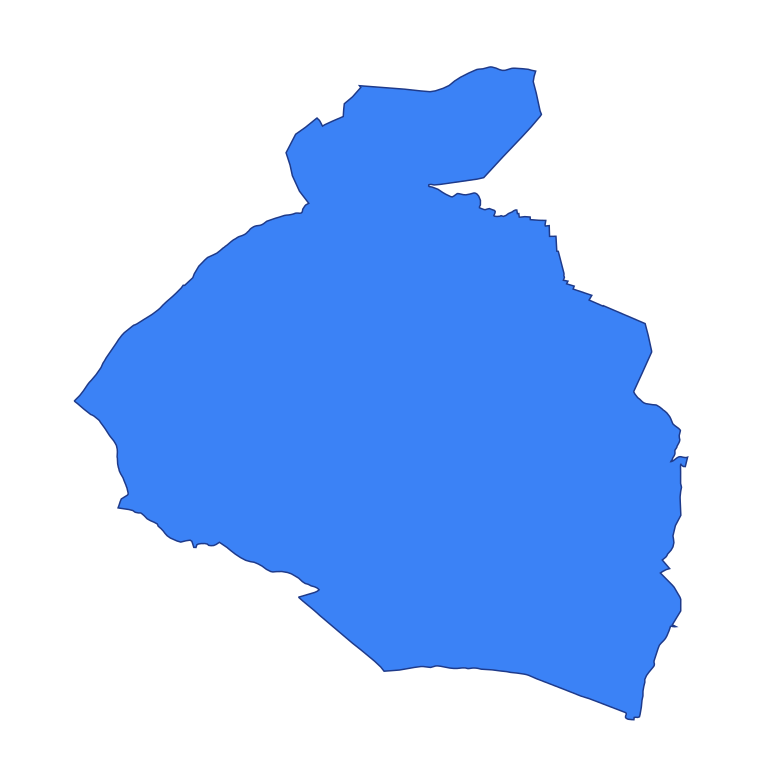 Comanesti, Suceava, Romania (Natural Earth projection), rotated 183°
{"feature_id": "2599482B69933741983623", "entity_name": "Comanesti", "entity_type": "district", "adm_level": 2, "iso_a3": "ROU", "parent_name": "Romania", "parent_adm1": "Suceava", "projection": "natural_earth1", "projection_center": [26.001, 47.659], "detail": "fine", "context": "isolated", "style": "filled", "palette": "blue", "viewbox_px": 768, "rotation_deg": 183, "n_neighbors": 0, "source": "geoboundaries", "source_scale": "gbopen_adm2", "svg_char_len": 6062}
<svg xmlns="http://www.w3.org/2000/svg" viewBox="0 0 768 768"><g transform="rotate(183 384 384)"><path d="M248.9,704.4L253.0,705.0L256.4,705.8L262.2,706.1L269.4,706.2L271.7,706.1L273.3,705.8L279.1,703.7L280.3,703.5L282.4,703.4L285.1,704.0L288.6,705.3L292.8,706.2L294.4,706.2L295.7,705.9L298.4,705.0L301.9,703.9L305.5,703.4L307.6,703.0L309.7,702.0L315.8,698.9L323.6,694.4L329.2,690.4L334.6,685.5L340.4,682.4L348.1,679.4L353.3,678.3L362.8,678.6L378.9,679.5L424.1,680.6L422.7,678.9L430.5,669.1L438.3,661.8L438.6,656.2L438.7,649.0L449.2,643.8L456.6,639.9L458.9,638.3L461.5,642.7L462.4,644.0L464.9,646.1L475.8,636.3L485.3,628.8L493.9,609.8L489.3,597.8L486.4,587.2L478.5,572.1L468.6,560.5L471.5,558.7L472.4,557.6L474.3,554.3L474.5,552.3L474.9,551.2L475.3,550.8L475.9,550.3L477.1,550.1L479.0,550.2L480.4,550.1L481.5,549.9L483.3,549.1L485.5,548.4L487.6,547.9L490.4,547.5L492.3,547.1L497.8,545.0L501.0,543.9L509.6,540.4L512.5,537.9L514.0,536.9L515.2,536.3L516.4,535.9L519.7,535.3L521.2,534.8L522.6,534.1L524.7,532.6L525.7,531.7L527.3,529.5L528.3,528.6L528.9,527.8L530.0,526.8L531.1,526.0L533.4,524.8L536.7,523.5L538.2,522.6L539.6,521.5L542.0,520.0L544.0,518.3L548.1,514.4L549.8,513.1L550.5,512.3L551.8,511.4L554.8,508.5L557.8,505.9L561.8,503.7L566.8,501.1L569.4,498.5L575.1,492.0L579.2,484.2L580.5,480.1L588.2,472.1L589.7,472.1L591.6,469.2L596.8,463.4L599.8,460.3L605.4,454.9L608.5,451.7L611.7,447.9L613.7,446.0L619.2,441.4L627.7,435.5L629.9,433.9L630.5,433.5L633.9,431.1L635.7,430.1L636.9,429.7L638.4,428.5L644.2,423.3L646.1,421.6L647.1,420.4L648.3,419.0L651.4,414.5L653.5,410.8L661.4,397.9L662.8,395.6L664.4,392.4L665.7,390.2L667.4,385.7L672.0,378.3L676.4,372.5L678.3,370.3L679.9,368.0L683.8,361.5L687.2,356.6L691.6,351.7L692.2,350.9L691.9,350.4L688.8,348.2L682.1,343.0L678.8,340.7L675.3,338.2L673.7,337.7L671.8,336.7L667.0,333.2L666.1,332.3L665.1,330.8L663.0,328.3L660.1,324.7L655.8,318.7L654.6,317.2L650.9,313.1L649.2,310.6L648.0,308.6L647.0,305.0L646.7,302.2L646.7,297.1L646.4,296.2L645.8,290.3L644.9,286.8L644.4,285.6L643.8,283.4L642.2,280.4L639.8,276.8L638.3,273.4L636.3,269.2L636.0,268.3L635.3,266.9L634.1,262.7L633.8,261.8L633.8,260.5L634.4,259.6L640.3,255.5L641.3,252.7L642.3,248.9L643.1,246.4L641.8,246.2L632.2,245.3L628.2,244.5L625.8,242.9L624.5,242.7L622.5,242.4L620.2,242.5L618.9,241.7L616.8,240.1L613.5,237.0L610.1,235.3L606.3,233.9L603.0,232.3L602.0,230.1L599.1,227.9L596.8,225.7L594.9,223.4L592.6,221.1L589.3,219.0L582.5,216.4L578.7,215.5L573.5,217.1L569.4,217.9L567.7,216.9L566.6,214.2L565.4,210.9L563.2,210.9L562.5,213.6L561.0,214.5L558.1,215.1L554.5,215.3L552.1,214.9L550.6,213.7L548.2,213.5L545.6,213.8L543.2,215.0L540.1,217.3L531.8,212.3L531.4,211.9L527.6,209.1L523.7,206.4L518.1,203.1L512.9,200.7L508.1,199.6L504.4,199.2L500.2,197.7L496.1,195.7L491.8,192.8L487.3,190.8L485.2,190.5L481.7,191.0L476.2,191.4L470.4,190.7L466.6,189.6L459.1,185.7L455.2,182.4L452.3,180.7L449.2,180.0L446.2,178.6L442.9,177.9L440.5,177.0L439.0,176.0L438.1,175.1L439.7,173.6L442.4,172.2L457.8,166.8L457.8,166.3L453.3,162.7L441.7,154.1L435.9,149.4L401.9,123.5L393.3,117.4L378.9,106.7L372.4,101.2L368.9,97.2L359.4,98.4L353.5,99.2L338.7,102.6L332.3,103.8L329.9,103.9L322.6,103.4L317.7,105.1L315.9,105.3L312.8,105.1L303.4,103.8L299.5,103.6L295.9,103.8L290.9,104.6L287.9,104.7L285.5,104.2L284.1,104.3L281.2,104.9L279.3,105.1L277.2,105.1L275.1,104.9L272.0,104.3L261.1,104.2L252.3,103.5L246.6,103.2L242.2,102.6L236.1,102.3L228.7,101.6L226.3,101.2L224.1,100.6L216.1,97.6L189.2,88.8L170.8,82.6L162.5,80.5L125.9,68.6L124.9,67.9L124.8,66.8L125.4,64.9L125.3,63.5L124.4,62.7L122.7,62.0L119.3,61.8L116.9,61.8L116.7,64.1L115.2,64.4L113.3,64.3L111.5,65.0L111.0,67.4L110.1,74.8L109.8,81.8L109.1,86.0L109.3,90.9L108.7,95.8L107.9,99.8L108.1,102.6L106.6,106.6L104.6,109.7L100.3,115.5L99.5,116.8L99.3,118.5L99.8,120.2L99.8,121.7L96.4,134.4L95.3,137.6L93.8,139.6L91.3,142.4L89.7,144.5L88.3,147.3L86.5,152.3L85.2,157.0L84.4,157.2L83.1,156.9L81.1,156.8L79.8,157.0L83.5,158.6L75.8,172.9L76.4,184.5L77.3,186.6L83.6,196.2L85.5,198.2L98.1,209.7L96.0,211.3L92.5,213.4L89.1,214.6L96.9,222.8L93.5,225.9L92.5,227.4L91.9,229.0L88.6,233.1L86.9,236.5L86.2,240.7L86.8,244.4L87.5,247.4L85.6,257.8L80.7,268.4L82.3,285.2L82.4,286.9L82.1,292.2L81.5,296.5L82.6,300.2L83.2,311.8L83.6,317.3L83.5,319.9L82.9,318.7L80.8,317.3L78.8,317.3L77.0,326.8L77.7,326.5L79.3,326.3L81.4,326.5L83.6,326.9L84.6,326.9L85.9,326.6L87.7,325.5L90.0,323.5L91.5,322.3L93.0,321.6L93.5,321.5L93.3,322.0L92.5,322.9L91.7,325.4L90.5,327.5L90.0,328.8L89.8,330.1L90.0,332.1L90.0,333.1L88.3,336.0L88.1,337.2L86.3,341.0L85.8,342.6L85.7,344.0L86.2,345.6L86.5,348.0L85.6,352.7L85.6,353.3L87.2,354.9L91.6,357.8L93.5,359.4L95.9,364.5L97.0,366.4L100.0,369.9L102.4,371.8L103.9,372.7L104.9,373.6L107.6,375.5L110.4,377.0L111.2,377.3L114.7,377.4L121.5,378.1L123.5,378.8L125.0,379.7L127.7,382.1L130.0,383.7L132.9,387.1L134.1,389.0L134.1,389.9L126.6,408.8L118.4,429.9L118.5,431.0L122.7,446.4L126.4,458.0L169.1,473.7L169.3,473.2L183.4,478.5L183.6,478.6L181.1,483.4L200.1,488.7L199.2,491.7L206.9,493.6L205.7,496.3L210.3,497.0L209.4,500.0L210.1,501.7L210.0,502.9L210.1,504.0L216.9,525.6L218.4,525.7L220.0,540.5L226.4,540.1L227.3,550.8L231.1,550.2L231.5,551.4L231.0,555.8L237.8,555.6L246.5,555.8L246.8,558.4L252.1,558.5L257.0,557.7L257.7,557.8L258.3,561.3L259.7,561.1L260.5,564.7L261.9,564.6L263.7,563.7L264.8,562.7L268.7,560.7L270.9,558.8L273.5,557.6L275.9,558.2L277.1,557.6L280.1,557.2L282.6,557.4L283.1,557.9L282.1,560.7L282.0,562.3L283.0,563.2L285.5,563.9L287.9,564.7L290.1,564.1L291.9,563.4L293.1,563.4L296.3,564.4L297.9,565.0L297.9,566.2L297.1,567.8L297.3,572.4L299.2,576.5L300.9,578.4L301.9,579.0L303.3,579.5L304.4,579.4L308.4,578.1L312.1,577.2L314.6,577.2L319.2,578.0L320.8,578.0L324.3,575.2L325.7,574.4L327.1,574.6L332.2,576.7L335.5,578.4L340.3,581.3L346.3,583.2L349.1,583.5L349.8,584.1L349.6,585.4L347.5,585.8L344.3,585.4L338.1,586.3L301.6,593.5L295.2,595.3L277.0,617.2L258.5,638.8L250.3,648.7L242.2,659.3L241.3,660.7L240.9,661.5L242.4,664.8L247.2,682.5L250.8,693.8L250.2,699.1L248.9,704.4Z" fill="#3b82f6" stroke="#1e3a8a" stroke-width="1.5"/></g></svg>